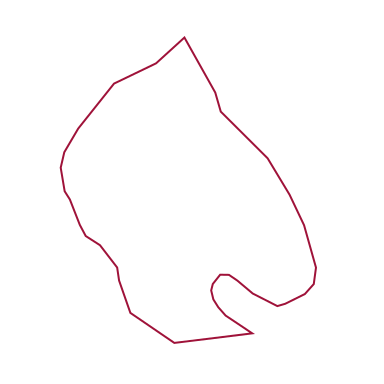 the border of Hrastnik, rotated 8°
{"feature_id": "SVN-951", "entity_name": "Hrastnik", "entity_type": "Municipality", "adm_level": 1, "iso_a3": "SVN", "parent_name": "Slovenia", "parent_adm1": "", "projection": "orthographic", "projection_center": [15.129, 46.135], "detail": "fine", "context": "isolated", "style": "outline", "palette": "rose", "viewbox_px": 384, "rotation_deg": 8, "n_neighbors": 0, "source": "natural_earth", "source_scale": "10m", "svg_char_len": 584}
<svg xmlns="http://www.w3.org/2000/svg" viewBox="0 0 384 384"><g transform="rotate(8 192 192)"><path d="M195.5,343.9L147.8,320.3L132.1,289.8L128.4,277.2L108.3,257.5L92.9,250.4L85.5,240.2L72.1,216.4L65.8,209.0L58.6,186.2L60.0,170.4L70.5,145.0L99.7,95.5L138.5,69.6L163.0,40.1L201.2,90.3L209.3,108.4L262.2,148.1L289.0,181.1L307.6,209.3L325.3,249.6L325.4,266.2L318.0,277.3L299.9,289.7L292.4,293.1L266.3,284.1L249.2,273.4L240.1,268.9L231.4,270.0L225.4,280.2L224.7,286.8L228.1,295.4L234.1,302.5L242.5,309.7L271.3,323.6L195.5,343.9Z" fill="none" stroke="#9f1239" stroke-width="2"/></g></svg>